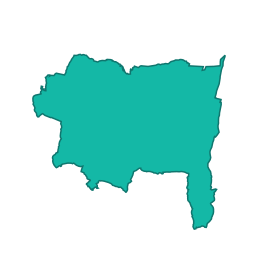 Apostolache, Prahova, Romania (Mercator projection), rotated 190°
{"feature_id": "2599482B23348990621180", "entity_name": "Apostolache", "entity_type": "district", "adm_level": 2, "iso_a3": "ROU", "parent_name": "Romania", "parent_adm1": "Prahova", "projection": "mercator", "projection_center": [26.269, 45.129], "detail": "fine", "context": "isolated", "style": "filled", "palette": "teal", "viewbox_px": 256, "rotation_deg": 190, "n_neighbors": 0, "source": "geoboundaries", "source_scale": "gbopen_adm2", "svg_char_len": 5718}
<svg xmlns="http://www.w3.org/2000/svg" viewBox="0 0 256 256"><g transform="rotate(190 128 128)"><path d="M128.5,189.3L132.4,190.0L132.7,188.8L133.7,188.3L133.6,186.2L133.9,185.9L134.5,185.8L134.9,186.0L135.3,186.6L135.6,186.5L135.7,185.4L135.1,184.7L135.6,184.0L135.0,181.6L136.9,181.0L137.3,181.1L137.8,181.6L138.6,181.1L139.9,181.8L140.5,182.6L141.5,182.9L141.5,184.0L142.2,184.9L142.5,183.9L142.9,183.8L143.3,184.7L142.8,185.2L143.8,186.0L143.2,186.4L143.5,187.0L144.0,187.0L144.0,187.5L144.9,188.1L145.2,188.4L145.4,188.5L146.1,187.5L146.5,187.5L146.6,189.0L147.0,189.5L148.4,189.4L148.7,190.0L151.5,191.1L152.9,190.9L154.5,191.6L155.1,191.3L155.4,192.1L156.9,192.3L160.5,191.9L160.8,191.7L160.7,191.4L161.3,191.3L161.5,190.6L162.0,190.4L165.2,190.0L167.8,189.0L168.9,188.0L169.7,187.7L171.2,188.0L173.1,188.0L173.9,189.2L174.6,189.7L175.9,190.0L177.2,189.6L178.3,189.8L181.7,192.4L182.8,192.2L183.8,192.5L185.0,192.5L186.3,191.6L187.5,192.2L189.0,191.9L189.5,191.4L191.4,190.5L193.7,190.2L193.9,188.9L195.6,185.6L195.5,185.0L196.8,182.2L197.7,178.4L198.4,177.9L198.4,175.4L199.0,173.7L198.7,171.9L199.2,170.8L199.7,169.2L208.1,169.5L209.0,168.8L210.0,166.8L212.7,166.5L213.4,166.2L214.1,165.6L213.9,166.4L214.0,166.6L216.0,166.3L216.6,165.4L217.0,164.4L218.1,163.5L216.9,161.4L216.9,160.4L216.0,158.0L216.3,156.7L216.0,155.4L216.3,155.1L216.3,154.4L215.8,153.3L216.0,152.5L215.4,151.0L215.4,150.4L217.2,150.4L217.4,150.7L217.3,151.8L217.5,151.9L217.8,151.8L218.0,151.2L218.3,151.2L218.6,151.6L219.2,151.4L219.6,152.0L219.3,153.4L219.3,154.0L220.6,154.1L220.6,151.6L220.2,151.5L219.5,150.2L219.6,149.6L220.3,148.6L220.2,147.0L219.6,146.7L219.6,146.4L224.8,144.3L226.3,143.1L226.7,142.2L226.8,140.8L226.2,137.9L225.5,136.9L225.5,134.7L224.7,134.0L223.2,131.8L223.1,131.1L223.4,130.1L223.0,128.7L221.1,127.1L220.4,125.8L220.2,124.9L219.7,124.1L218.8,123.3L217.8,123.5L217.4,124.4L216.4,125.6L214.8,127.2L214.5,127.3L212.0,126.0L206.1,124.8L204.7,125.1L204.2,124.8L195.0,122.8L195.1,122.2L194.8,121.7L195.0,120.6L194.6,119.8L193.9,118.9L193.4,116.9L193.6,115.9L194.0,115.2L193.4,113.7L193.5,111.5L193.3,108.5L192.9,107.1L191.8,105.8L192.3,104.9L193.0,102.6L193.1,100.0L192.6,98.8L193.2,97.5L192.9,96.0L193.1,95.2L193.0,92.8L193.2,92.2L193.0,91.7L194.5,90.9L195.1,89.3L196.5,88.1L197.1,87.0L197.2,85.7L197.1,85.2L196.4,84.1L196.4,82.4L195.7,80.6L194.2,78.5L192.2,76.8L191.6,76.5L190.4,77.4L189.1,78.9L188.4,79.0L187.7,78.5L187.0,79.0L186.9,79.4L187.3,80.2L186.3,81.0L181.2,83.0L177.7,83.5L176.4,83.2L175.5,83.9L175.1,83.9L172.4,82.4L169.9,81.8L167.7,81.8L165.9,82.6L166.5,78.9L166.6,76.9L163.6,76.3L163.2,75.2L161.7,74.5L160.8,73.3L159.9,72.5L159.6,71.3L159.4,71.0L158.2,70.5L156.6,70.4L156.2,70.0L156.1,69.7L157.7,67.7L158.3,66.6L159.1,66.1L159.2,65.5L157.5,64.1L157.3,63.4L156.3,63.5L153.9,61.2L152.7,60.6L151.8,60.7L151.8,60.9L152.3,61.8L151.6,61.8L150.9,63.1L150.0,64.1L149.3,64.3L148.4,63.3L148.1,63.2L147.0,63.6L148.0,64.3L148.3,66.1L149.6,67.7L147.7,69.0L147.8,70.3L147.2,71.0L146.5,71.3L145.9,71.1L144.7,71.5L142.2,71.5L137.8,71.0L135.0,70.3L134.3,69.9L133.2,68.9L131.5,68.8L130.3,68.3L128.4,68.4L126.7,67.9L124.8,68.5L123.9,67.7L122.6,67.2L122.0,66.0L120.7,65.6L119.0,64.4L118.6,64.6L118.3,65.2L117.8,66.8L117.8,67.6L118.4,70.0L118.2,73.3L117.9,73.7L116.4,74.7L115.3,76.2L116.5,77.7L115.8,79.7L115.1,82.5L114.9,85.9L114.5,86.4L112.7,87.5L109.9,90.4L108.4,90.6L108.3,89.8L107.0,88.8L104.9,88.3L103.4,88.3L102.6,88.5L102.0,88.2L101.0,88.7L98.7,89.0L95.7,88.7L94.7,88.2L93.3,88.5L90.6,87.9L89.4,89.4L87.8,89.4L86.7,88.8L85.9,88.9L85.5,89.3L85.9,90.4L82.2,91.4L78.9,91.9L77.7,92.4L72.6,93.5L70.0,93.8L68.0,94.4L66.1,94.5L64.3,94.4L62.0,93.7L60.4,93.8L60.2,93.3L60.2,91.8L59.9,90.7L60.8,90.2L61.1,89.7L60.9,88.9L60.4,88.6L60.0,85.6L59.3,84.7L59.2,84.1L59.4,83.4L59.2,83.0L59.1,81.7L59.4,81.3L59.7,79.5L59.2,78.6L57.7,77.8L58.2,77.2L57.9,76.0L58.4,73.5L57.3,71.7L57.4,70.8L57.0,69.8L57.0,69.0L56.3,66.9L55.1,66.2L54.9,65.8L53.9,65.0L53.7,64.4L52.1,61.7L51.5,61.3L51.3,60.4L50.4,59.8L50.9,57.1L50.8,55.9L50.3,54.4L49.3,52.9L49.6,52.2L49.5,51.8L48.4,50.4L47.2,48.0L46.7,45.1L47.0,44.1L46.8,43.3L46.9,42.4L46.4,41.4L45.2,39.9L43.6,40.6L43.4,42.1L42.2,41.9L41.0,42.7L39.9,42.9L38.2,44.3L36.7,44.4L35.9,44.2L35.1,43.6L33.7,43.7L33.4,45.2L33.5,46.7L33.2,47.9L31.4,50.2L30.2,52.5L30.0,53.0L30.1,54.6L29.7,55.8L29.5,57.3L29.2,58.1L29.2,60.2L29.7,63.0L30.3,64.5L31.4,65.8L32.3,66.4L33.3,67.4L33.6,68.1L33.1,68.8L31.9,69.8L31.8,70.3L31.2,70.6L30.4,71.7L30.4,72.6L30.7,73.8L31.7,75.8L31.8,76.5L31.4,77.7L32.0,79.2L31.7,79.9L31.1,80.5L30.1,82.9L31.3,83.1L34.6,81.6L35.2,81.6L36.1,82.1L35.5,83.9L35.8,84.6L36.2,84.6L36.6,85.1L36.5,89.1L36.8,91.5L37.3,93.2L37.4,93.5L37.1,93.9L37.1,94.3L37.4,95.3L38.2,96.2L38.3,97.2L39.2,99.5L40.8,101.1L42.6,103.6L43.2,106.9L41.6,111.0L41.4,113.2L42.6,116.4L43.2,118.7L43.0,120.8L42.2,123.6L42.0,128.8L41.6,130.5L41.5,133.9L41.2,134.7L40.3,134.3L38.9,136.7L37.6,139.7L39.3,143.7L39.8,145.9L39.7,148.5L40.1,150.3L40.6,154.2L40.2,156.3L40.5,158.8L40.3,167.2L40.7,169.2L41.8,169.2L41.8,170.6L41.4,170.6L41.3,172.2L46.1,172.5L47.1,172.7L47.0,173.0L47.6,173.1L47.2,176.9L47.2,179.9L45.9,187.2L46.0,193.5L46.2,194.2L46.1,201.7L45.7,204.3L45.3,205.7L45.8,209.7L44.9,215.1L45.0,216.0L45.3,216.1L48.7,211.6L48.6,209.3L48.2,206.9L48.1,205.3L54.1,203.6L61.8,202.0L62.6,198.6L64.9,197.7L64.5,201.5L78.8,199.8L78.6,201.8L79.2,201.9L79.4,202.2L80.4,202.6L81.0,202.3L82.1,203.9L83.6,203.7L85.0,204.5L86.8,204.7L88.6,204.5L89.9,203.7L93.0,203.2L94.3,202.2L97.1,200.9L97.8,200.2L99.0,198.6L100.0,198.1L102.3,198.0L103.9,197.2L105.4,196.9L107.1,195.9L108.3,196.2L109.5,196.1L111.4,194.7L118.9,192.1L126.0,191.5L127.1,190.7L127.9,189.6L128.5,189.3Z" fill="#14b8a6" stroke="#0f766e" stroke-width="1.5"/></g></svg>